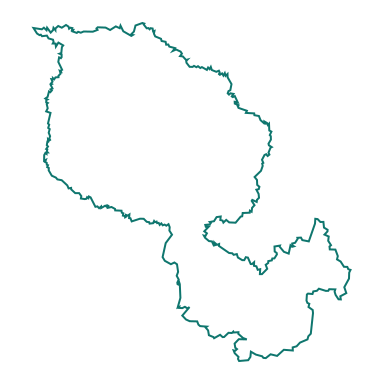 the district of Ciamis, Jawa Barat, Indonesia
{"feature_id": "22746128B17121530580660", "entity_name": "Ciamis", "entity_type": "district", "adm_level": 2, "iso_a3": "IDN", "parent_name": "Indonesia", "parent_adm1": "Jawa Barat", "projection": "robinson", "projection_center": [108.425, -7.311], "detail": "fine", "context": "isolated", "style": "outline", "palette": "teal", "viewbox_px": 384, "rotation_deg": 0, "n_neighbors": 0, "source": "geoboundaries", "source_scale": "gbopen_adm2", "svg_char_len": 5836}
<svg xmlns="http://www.w3.org/2000/svg" viewBox="0 0 384 384"><path d="M161.0,38.8L155.2,36.4L153.9,33.6L154.5,30.9L153.1,31.4L152.6,28.5L150.5,28.2L149.6,29.3L148.4,28.1L146.7,28.3L143.7,24.5L144.3,23.6L142.4,23.0L135.5,25.5L133.9,31.6L130.9,34.6L132.8,35.0L131.3,35.9L123.3,31.3L120.5,25.6L119.7,28.2L115.8,26.4L110.1,30.0L105.6,27.6L97.7,27.3L96.5,28.4L97.5,29.9L92.8,31.7L83.7,31.5L80.8,32.7L78.1,31.8L76.8,32.9L72.5,31.4L73.2,30.1L71.9,30.3L72.4,28.1L70.4,27.7L69.1,28.7L68.5,26.6L66.0,25.0L61.8,27.7L58.2,26.0L55.4,28.5L55.4,30.2L53.5,27.8L53.0,30.2L50.7,32.6L47.1,27.7L46.5,30.2L43.9,27.7L41.9,29.3L33.5,28.0L37.0,33.5L39.5,35.1L40.8,34.7L42.0,36.2L46.9,35.6L48.5,38.4L53.0,39.7L53.6,42.0L52.8,43.5L55.5,43.6L55.9,46.6L58.4,42.6L63.2,45.4L61.9,47.1L61.3,53.0L59.5,53.7L61.6,54.6L61.6,57.2L60.9,58.2L59.1,57.4L58.3,61.9L62.1,69.8L60.7,70.6L61.0,71.5L59.8,70.9L60.6,73.6L58.5,75.8L58.5,77.2L55.5,77.4L54.2,79.3L53.0,78.2L53.1,79.3L51.4,79.1L52.5,81.7L50.9,83.6L51.8,84.1L50.6,84.7L52.5,88.5L50.6,89.3L51.8,90.5L50.3,92.2L49.0,91.4L47.6,96.9L45.4,98.5L47.4,99.5L46.3,100.0L46.2,102.2L47.8,103.0L46.7,104.0L47.7,108.3L46.2,111.4L50.5,112.9L48.0,123.5L49.2,124.7L48.2,127.9L49.7,129.1L48.7,132.8L50.1,136.2L49.3,138.4L50.1,139.9L49.0,140.7L48.0,139.5L48.1,141.7L47.4,141.6L46.8,145.2L48.0,146.5L46.2,149.0L47.3,149.5L46.8,151.4L47.8,152.5L46.4,152.6L46.5,153.9L45.3,153.1L44.2,155.1L44.1,160.7L45.9,159.8L45.1,162.0L46.7,162.8L46.8,164.7L48.0,165.2L47.2,167.1L48.8,168.0L48.7,170.4L51.8,175.7L55.9,177.6L57.4,179.4L61.7,180.2L67.3,185.4L68.6,188.4L71.1,187.9L71.2,189.4L75.2,193.1L79.1,193.1L81.3,196.1L80.9,198.5L84.8,199.1L86.4,198.8L87.1,197.2L88.4,198.2L88.9,196.5L90.6,197.4L95.4,206.8L97.4,206.4L99.1,208.2L101.1,206.5L101.2,208.0L105.2,205.7L106.7,206.8L107.2,205.3L108.4,205.9L107.9,207.8L111.5,207.0L115.0,208.9L115.2,210.4L121.5,210.7L121.8,212.7L123.3,213.3L122.9,215.6L124.9,216.0L125.1,217.3L126.2,216.6L126.0,214.9L127.8,215.6L129.4,214.5L129.1,218.1L130.4,218.2L131.7,221.4L140.0,218.7L143.7,218.8L146.7,221.8L149.2,222.2L149.6,223.6L153.1,223.2L154.1,221.0L155.0,222.2L156.6,221.6L157.1,223.1L158.7,222.9L159.7,224.9L161.3,223.4L162.7,225.3L164.6,224.6L166.3,225.7L168.5,224.2L169.7,227.2L169.4,230.6L172.0,234.7L165.7,243.1L162.6,257.1L164.8,260.8L170.9,264.2L174.4,262.5L177.0,264.3L178.1,271.9L176.7,275.8L178.7,279.5L177.3,282.7L177.6,284.2L178.5,284.6L179.3,282.6L179.8,284.2L180.4,297.9L177.7,307.5L179.3,306.8L179.0,307.9L182.3,308.1L184.9,306.8L187.4,308.4L189.5,307.1L182.3,315.6L186.0,319.5L189.7,321.2L197.2,321.4L198.4,324.6L200.1,326.1L206.8,326.6L205.6,327.5L208.1,330.4L208.9,335.2L213.5,337.1L214.1,338.2L220.1,334.8L222.6,337.1L224.1,337.0L228.5,332.8L231.9,333.0L233.3,331.6L233.7,332.5L238.4,332.2L238.3,333.8L243.0,338.0L246.8,339.4L238.8,339.2L234.6,343.6L235.3,347.8L237.0,349.1L235.1,350.8L233.6,350.4L234.7,353.2L238.5,356.9L238.0,358.9L239.1,361.0L248.2,360.2L250.4,356.9L250.9,351.7L255.9,354.6L262.2,356.3L263.4,357.9L265.8,358.1L270.6,354.3L277.1,355.9L283.8,349.8L292.8,350.5L292.7,347.4L296.6,346.3L300.0,342.6L307.5,339.4L308.3,336.3L310.8,333.7L313.0,313.1L312.7,310.0L308.5,307.0L309.3,303.8L307.4,302.9L306.5,300.6L306.9,294.5L308.0,293.6L312.5,294.0L313.3,291.4L316.9,290.8L318.9,288.7L325.9,290.9L328.3,290.8L329.2,289.2L335.3,289.4L334.6,291.7L335.6,294.9L338.5,299.3L340.8,299.4L340.3,296.3L346.3,293.1L344.3,287.2L349.0,278.6L349.2,272.6L350.5,269.9L348.3,269.2L347.3,266.9L344.0,266.8L340.6,261.5L337.0,259.4L337.8,256.1L335.4,249.6L329.8,249.4L329.5,246.5L331.0,245.2L328.2,240.8L328.7,236.5L324.5,234.6L327.5,231.4L327.6,229.8L324.0,227.6L323.4,221.9L320.4,222.0L317.6,219.1L315.3,218.8L315.0,223.6L308.8,241.4L302.3,240.1L301.0,237.6L297.4,237.8L297.7,238.8L295.1,242.8L292.2,243.5L292.5,245.5L293.9,246.3L292.1,246.8L290.5,245.3L288.7,253.6L283.9,251.8L279.5,246.5L279.9,245.6L274.5,246.5L274.7,251.5L276.7,253.0L276.9,254.4L274.4,258.4L272.3,258.5L271.8,260.4L268.3,261.1L268.2,263.0L265.7,264.8L267.2,268.8L262.0,274.1L259.9,274.1L260.2,269.2L257.7,269.8L256.4,266.3L254.0,265.8L254.1,262.2L252.0,264.1L250.7,264.0L247.9,257.6L245.8,257.2L244.3,260.1L242.2,260.1L237.9,257.5L236.8,254.1L233.6,254.8L232.3,253.3L229.1,253.0L219.0,246.0L219.1,244.0L217.1,244.8L215.8,243.7L216.1,244.8L214.6,245.3L213.8,242.9L213.3,244.4L211.9,241.4L209.0,241.1L205.1,237.8L203.9,235.6L205.4,236.0L206.9,233.3L204.3,231.3L208.7,226.7L205.8,226.8L205.3,224.9L209.8,224.4L210.8,223.0L209.8,222.0L214.0,221.2L216.6,217.1L220.7,216.5L220.3,220.0L222.6,220.6L223.4,222.6L226.2,219.9L229.2,222.4L235.6,222.7L240.7,216.6L242.2,216.3L242.7,213.0L249.7,212.7L249.9,210.7L251.6,211.7L252.1,207.8L254.5,205.2L251.7,200.9L252.3,199.9L256.7,201.9L257.0,199.8L259.0,197.8L258.6,193.9L256.4,189.7L258.7,189.2L259.4,186.8L257.2,184.9L257.0,180.0L254.6,177.0L261.0,170.8L262.7,165.9L262.2,163.6L263.3,162.9L262.0,159.8L264.5,155.0L266.2,154.2L267.6,156.0L269.4,154.6L268.5,152.7L270.5,147.7L271.7,147.1L268.9,145.3L268.5,143.7L270.9,139.6L270.8,136.2L269.8,135.1L271.4,131.6L269.3,130.5L269.0,123.7L267.8,125.0L267.0,123.0L264.6,121.6L265.1,123.6L264.3,123.5L260.5,120.1L258.9,116.0L254.4,115.2L254.2,113.4L245.9,112.9L246.9,110.8L238.5,107.9L237.5,105.6L239.3,105.4L234.8,103.6L234.7,101.8L237.8,102.5L234.8,96.1L232.8,97.1L231.8,96.4L233.5,93.9L230.4,93.3L229.0,94.6L227.7,93.3L228.5,91.1L230.3,90.2L231.5,84.1L227.6,77.3L227.5,74.0L225.6,75.8L224.8,73.1L223.4,75.6L222.1,73.4L219.9,74.8L219.0,74.1L219.7,72.4L218.9,70.7L216.3,71.8L211.8,70.0L210.8,66.9L209.6,69.1L208.1,67.5L206.9,69.9L201.9,67.1L200.3,68.0L198.0,66.2L196.4,67.2L194.0,65.9L192.6,66.9L189.6,66.8L186.5,62.8L186.2,61.0L187.5,59.6L186.1,60.0L182.8,56.4L180.1,56.1L181.9,53.6L180.6,51.6L176.1,49.5L172.9,50.9L175.0,48.1L169.3,46.6L168.3,44.5L166.2,44.7L165.6,41.8L161.6,41.0L161.0,38.8Z" fill="none" stroke="#0f766e" stroke-width="2"/></svg>